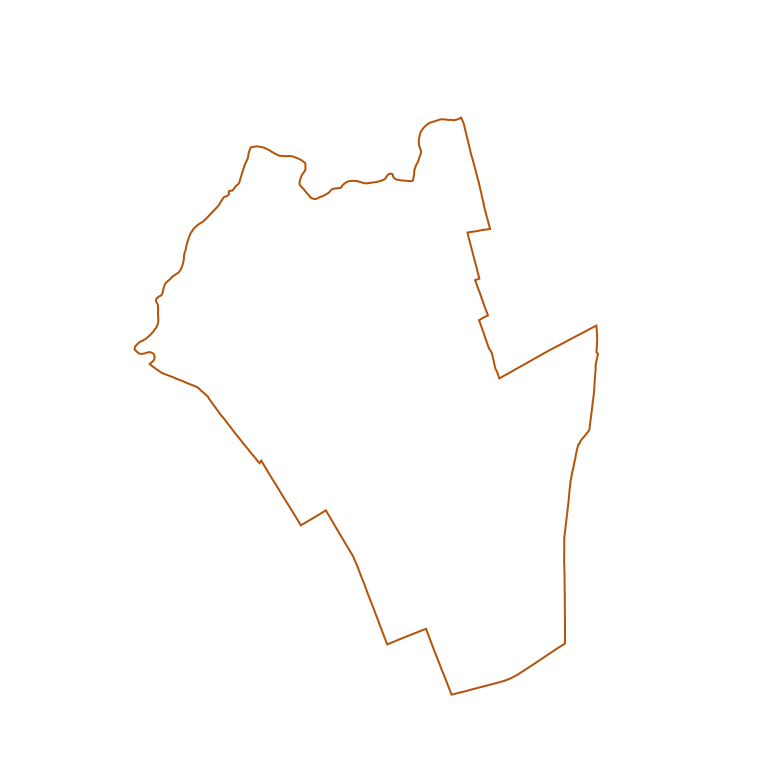 Targsoru Vechi, Prahova, Romania, rotated 107°
{"feature_id": "2599482B79986914365335", "entity_name": "Targsoru Vechi", "entity_type": "district", "adm_level": 2, "iso_a3": "ROU", "parent_name": "Romania", "parent_adm1": "Prahova", "projection": "albers", "projection_center": [25.907, 44.89], "detail": "fine", "context": "isolated", "style": "outline", "palette": "amber", "viewbox_px": 768, "rotation_deg": 107, "n_neighbors": 0, "source": "geoboundaries", "source_scale": "gbopen_adm2", "svg_char_len": 6142}
<svg xmlns="http://www.w3.org/2000/svg" viewBox="0 0 768 768"><g transform="rotate(107 384 384)"><path d="M433.5,613.9L434.6,611.2L435.5,608.3L436.4,606.1L437.4,602.6L437.6,601.9L437.9,601.5L438.1,600.5L438.3,599.8L438.4,599.0L438.6,596.9L438.7,595.1L439.1,589.4L439.2,587.0L439.3,586.6L439.4,586.2L439.6,584.5L440.2,576.4L440.8,571.8L441.2,565.5L441.7,561.8L442.2,560.0L443.0,558.6L443.8,557.1L444.5,555.4L445.8,552.5L446.1,551.7L446.7,550.2L447.6,548.9L448.0,548.2L449.3,547.0L452.5,542.8L456.5,537.4L462.3,529.7L462.3,529.2L463.2,528.0L468.6,520.3L476.1,509.8L478.4,506.3L482.3,500.8L486.2,494.8L487.3,493.3L492.0,486.1L494.8,482.0L496.1,479.9L493.2,478.9L497.6,474.1L505.9,464.9L512.3,457.5L518.7,450.3L533.0,434.0L540.8,425.1L543.5,422.2L523.2,403.8L521.8,402.7L525.0,399.2L540.8,382.0L555.0,366.3L557.3,363.7L560.2,361.1L561.4,360.2L566.9,355.5L569.8,353.4L572.2,351.4L575.7,348.8L579.4,345.7L591.8,336.2L602.0,328.1L607.4,324.0L611.0,321.1L615.7,317.6L625.7,309.8L630.1,306.4L632.1,304.7L623.5,294.4L605.8,272.3L624.0,258.2L633.2,250.9L636.5,248.2L640.0,245.7L645.0,241.4L661.3,228.6L658.4,223.8L656.4,220.5L654.2,216.6L650.1,210.2L635.8,187.0L632.8,182.3L631.9,181.1L629.3,177.8L628.2,176.6L622.4,170.8L621.0,169.7L607.8,158.6L587.1,141.8L579.4,135.1L574.3,136.5L554.4,142.7L551.6,143.6L530.2,150.3L510.9,156.5L502.1,159.5L478.5,166.6L440.6,173.5L438.0,174.2L436.7,174.4L430.9,175.6L426.3,176.4L425.2,176.7L422.6,177.1L415.2,178.0L412.2,178.3L411.0,178.3L407.3,178.6L403.9,179.0L402.7,179.1L399.2,179.3L396.1,179.8L393.2,180.0L389.8,180.4L388.6,180.3L384.7,180.5L384.6,180.2L384.4,179.9L384.2,179.7L383.9,179.5L381.7,179.5L381.2,179.4L380.1,179.1L374.4,176.6L371.2,175.4L369.2,174.6L368.5,174.4L368.0,174.3L366.5,174.4L358.5,175.9L350.0,177.3L330.8,180.7L316.1,184.2L307.7,186.0L307.0,186.2L306.2,186.5L305.2,186.8L303.8,187.2L302.0,187.4L293.8,188.1L292.6,188.2L292.4,188.3L292.3,188.5L292.1,188.7L291.9,189.6L291.5,190.0L290.7,190.3L288.1,190.9L282.0,192.4L279.2,193.1L275.9,194.2L272.5,195.5L268.0,197.2L266.1,198.0L267.9,199.9L271.6,203.7L277.5,209.5L285.6,217.8L295.2,227.3L299.7,232.0L303.3,235.6L309.4,241.5L319.9,251.5L324.7,255.9L327.1,258.3L330.9,262.0L337.2,267.9L341.6,272.2L345.0,275.3L344.8,275.5L340.1,278.9L339.1,279.7L336.7,281.9L336.3,282.2L333.8,283.7L330.5,285.5L325.9,288.2L324.1,289.2L323.5,289.5L322.7,290.2L321.4,291.4L320.7,292.2L319.5,293.8L318.1,294.9L308.6,301.9L306.8,303.1L295.1,311.8L292.8,309.6L291.3,308.2L288.0,304.6L280.3,310.6L269.5,318.5L262.4,324.0L258.0,327.2L256.8,325.6L255.4,323.6L253.1,325.0L250.6,326.5L244.3,330.3L235.1,336.1L230.0,339.2L226.4,341.4L223.3,343.3L221.3,344.6L214.8,348.5L214.6,348.4L214.3,347.7L212.9,344.7L210.9,340.3L208.6,336.2L207.6,334.1L207.1,333.0L205.3,329.0L204.7,327.9L192.4,335.6L183.3,341.2L183.1,341.3L182.9,341.1L175.5,345.5L173.0,346.8L167.4,350.1L162.9,352.7L160.7,354.1L160.0,354.6L154.9,357.7L142.7,365.3L139.0,367.8L111.8,383.8L106.7,388.1L107.3,388.8L108.9,390.3L111.1,393.8L111.5,395.2L111.8,397.2L112.5,399.0L113.5,404.4L114.5,407.6L116.9,410.9L120.6,416.4L123.8,419.1L127.1,420.9L128.7,421.5L130.8,422.2L132.8,422.6L135.0,422.6L136.6,422.5L139.1,422.2L142.2,421.6L144.9,420.5L147.5,419.0L149.6,417.2L151.2,416.4L152.6,416.2L153.9,416.2L156.8,416.4L159.7,416.3L162.3,416.6L165.0,417.2L166.7,417.4L169.3,417.5L171.0,417.4L174.9,416.5L178.8,416.0L180.6,415.9L181.1,416.0L181.4,416.2L181.8,416.6L182.1,417.1L182.4,417.8L182.4,418.6L183.6,424.3L184.3,427.3L184.7,430.7L184.8,432.2L184.7,432.9L184.4,434.0L184.1,434.5L184.0,434.8L183.5,435.4L182.0,436.4L181.2,436.9L180.8,437.8L180.8,438.3L180.9,439.2L181.5,440.2L182.4,441.2L183.5,441.7L184.5,442.1L185.9,442.4L187.1,442.8L187.9,443.2L189.2,444.7L190.9,446.8L192.2,448.9L193.1,450.5L196.7,458.2L197.4,460.1L197.7,461.1L197.8,463.2L197.8,467.0L197.8,468.6L197.9,469.4L198.1,470.8L199.0,473.7L199.6,475.3L200.2,476.6L200.7,477.4L201.4,478.3L202.3,479.2L203.2,479.9L206.1,481.9L208.7,482.4L210.1,484.9L211.4,488.1L212.4,489.9L213.0,490.7L214.5,491.6L216.0,492.2L217.0,492.6L219.7,495.0L221.2,496.5L222.8,498.2L223.4,499.2L224.1,500.1L225.8,501.9L226.2,502.2L226.8,503.0L227.2,503.8L227.5,505.9L227.5,506.8L227.4,507.6L227.2,508.5L226.9,508.9L225.0,511.8L224.6,512.6L224.4,513.1L223.9,513.8L223.7,514.0L222.6,515.8L221.6,517.1L220.3,519.3L219.8,520.4L219.2,521.3L218.0,522.9L217.0,523.5L215.9,523.7L214.6,523.9L210.3,523.8L208.4,523.7L206.5,523.0L202.8,521.9L201.1,522.0L197.7,523.2L196.4,523.5L195.8,523.9L195.4,524.9L194.1,528.4L193.6,531.2L193.4,533.5L193.1,537.9L193.2,539.0L193.6,541.3L194.9,544.3L195.4,547.1L196.1,549.6L196.3,551.0L195.4,556.4L194.9,558.8L194.3,560.9L193.9,562.2L193.6,564.1L193.4,566.3L193.1,567.8L193.1,569.0L193.3,571.4L193.7,573.0L193.7,574.4L194.2,575.9L195.2,577.6L195.8,579.4L196.5,580.4L197.5,580.7L201.9,581.0L207.3,580.3L209.4,580.4L214.2,581.1L217.1,581.3L228.5,581.4L233.3,581.3L234.3,581.4L235.7,582.0L237.5,583.2L238.5,583.7L241.1,584.6L242.5,585.2L243.5,585.7L243.8,586.1L244.0,587.3L244.2,588.0L244.6,588.4L245.0,588.5L245.4,588.6L246.1,588.5L246.8,588.2L247.5,587.7L248.3,588.0L249.0,588.3L250.1,589.0L250.6,589.4L251.2,590.7L251.7,591.3L252.7,592.0L256.8,593.2L260.4,594.0L261.5,594.3L264.1,595.5L268.0,597.5L278.3,602.6L281.8,604.8L286.1,608.5L291.3,611.5L296.9,613.1L301.1,613.4L307.5,613.5L310.3,613.3L313.8,612.9L316.1,613.1L319.5,612.8L323.7,611.8L328.5,611.4L330.7,611.5L334.5,612.0L337.6,613.1L339.1,614.5L343.2,617.7L345.9,619.1L347.3,619.8L348.2,620.5L351.1,622.3L353.5,622.7L357.4,622.8L360.9,622.4L363.3,622.5L364.5,623.2L367.1,625.5L368.4,626.3L369.1,626.5L370.0,626.6L371.2,626.3L372.3,625.6L374.6,623.3L377.5,622.2L380.1,621.4L382.7,620.7L385.6,619.7L388.4,618.6L390.4,618.1L394.0,617.9L395.7,618.1L397.2,618.5L399.0,619.2L401.3,620.0L403.5,620.9L406.3,622.4L409.9,624.6L413.0,627.3L414.5,629.1L415.7,630.2L416.7,630.9L418.4,631.7L419.1,632.2L421.0,632.9L423.2,632.9L424.0,632.5L424.4,631.9L426.2,627.9L426.5,626.7L426.4,625.7L426.0,624.3L424.7,621.7L423.2,619.7L422.4,618.3L421.9,616.8L422.0,614.9L422.5,613.4L423.3,612.3L424.7,611.6L426.4,611.0L427.8,611.0L429.5,611.4L431.5,612.8L433.5,613.9Z" fill="none" stroke="#b45309" stroke-width="2"/></g></svg>